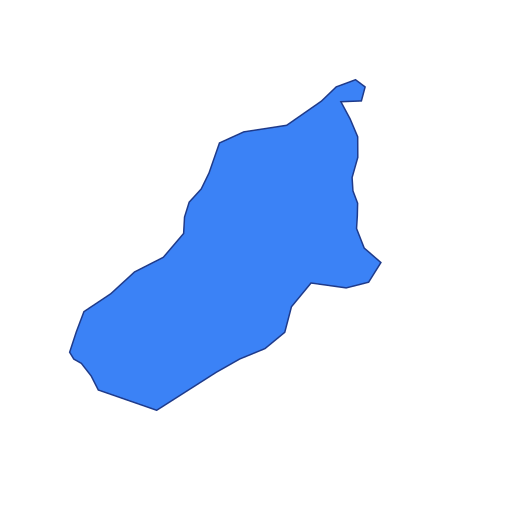 an SVG outline of Bahoruco, rotated 306°
{"feature_id": "DOM-1969", "entity_name": "Bahoruco", "entity_type": "Province", "adm_level": 1, "iso_a3": "DOM", "parent_name": "Dominican Republic", "parent_adm1": "", "projection": "albers", "projection_center": [-71.289, 18.493], "detail": "fine", "context": "isolated", "style": "filled", "palette": "blue", "viewbox_px": 512, "rotation_deg": 306, "n_neighbors": 0, "source": "natural_earth", "source_scale": "10m", "svg_char_len": 692}
<svg xmlns="http://www.w3.org/2000/svg" viewBox="0 0 512 512"><g transform="rotate(306 256 256)"><path d="M211.2,324.1L186.4,317.7L163.2,303.4L138.6,292.2L72.8,266.3L54.9,207.2L62.1,193.1L66.5,177.8L65.5,169.2L68.6,161.8L89.1,155.2L109.9,149.5L140.1,160.7L171.7,167.1L200.5,181.8L231.7,184.2L245.5,175.3L260.3,170.3L278.0,172.3L295.6,169.2L326.0,160.0L349.3,173.2L379.8,204.0L419.8,217.9L440.0,221.5L457.1,232.9L456.9,244.9L443.4,250.1L430.7,234.0L422.2,251.6L412.2,268.2L395.6,280.4L376.0,287.6L365.7,296.1L358.4,307.2L348.0,314.4L337.3,321.2L326.0,338.9L324.1,360.9L301.0,362.5L283.2,347.7L266.5,316.4L235.8,314.5L211.2,324.1Z" fill="#3b82f6" stroke="#1e3a8a" stroke-width="1.5"/></g></svg>